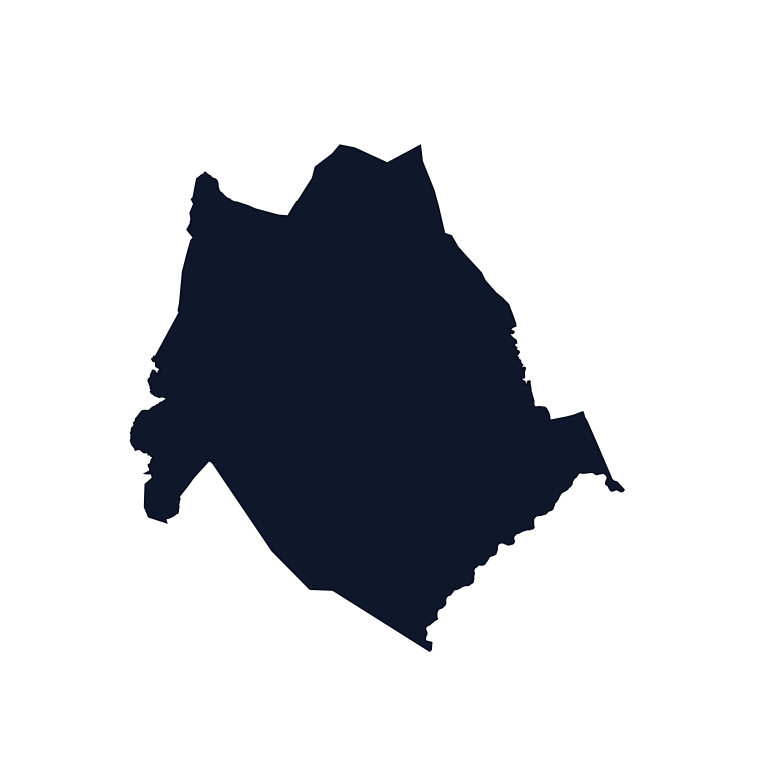 the district of Santa María Zacatepec, Oaxaca, Mexico, rotated 208°
{"feature_id": "50627088B32232692879146", "entity_name": "Santa María Zacatepec", "entity_type": "district", "adm_level": 2, "iso_a3": "MEX", "parent_name": "Mexico", "parent_adm1": "Oaxaca", "projection": "mercator", "projection_center": [-98.002, 16.768], "detail": "fine", "context": "isolated", "style": "filled", "palette": "ink", "viewbox_px": 768, "rotation_deg": 208, "n_neighbors": 0, "source": "geoboundaries", "source_scale": "gbopen_adm2", "svg_char_len": 6171}
<svg xmlns="http://www.w3.org/2000/svg" viewBox="0 0 768 768"><g transform="rotate(208 384 384)"><path d="M122.4,403.3L132.0,406.7L133.6,406.5L135.0,406.1L137.2,406.5L138.2,406.9L164.7,428.3L188.1,446.9L191.1,448.5L194.1,451.7L195.4,452.7L200.4,446.9L202.0,445.2L207.4,440.3L220.5,429.6L221.4,431.3L223.3,434.0L225.6,436.2L229.2,438.5L231.0,438.9L236.2,436.8L237.6,435.9L239.3,434.6L240.3,434.8L241.9,435.6L242.8,437.1L243.9,439.5L246.2,441.9L247.8,443.2L248.5,444.0L248.4,444.1L249.3,445.3L251.2,446.7L251.7,448.1L255.6,453.2L256.1,454.7L257.0,454.9L258.0,454.1L258.2,453.4L257.8,452.5L257.8,451.7L257.8,450.3L258.1,449.9L259.9,450.6L260.3,451.4L260.3,451.9L260.6,452.2L263.9,452.2L265.3,453.3L264.9,454.1L263.3,455.0L263.3,456.1L265.7,460.2L266.7,464.4L267.5,464.6L267.9,464.6L269.9,462.5L271.1,464.8L270.5,465.7L273.7,467.3L274.5,468.6L275.5,469.1L278.4,468.1L277.8,469.2L277.5,470.3L278.3,470.6L279.5,470.3L279.9,471.2L280.0,472.3L279.7,472.8L279.5,475.4L279.6,475.7L280.9,476.4L282.4,476.2L283.7,476.5L283.9,478.4L284.5,478.1L286.5,479.1L287.4,479.0L287.3,481.4L286.2,482.6L287.7,484.4L292.8,485.4L295.9,486.6L296.4,487.9L296.2,488.8L295.8,488.9L294.7,488.7L294.3,488.9L293.8,489.7L293.5,490.5L294.1,491.4L295.3,491.1L296.9,491.2L297.9,491.7L298.1,492.0L297.0,494.6L294.9,497.1L295.8,498.3L296.2,499.1L304.0,506.2L307.7,509.3L311.1,512.5L319.8,515.3L328.0,516.9L343.3,522.7L350.3,527.8L373.1,535.8L383.4,539.7L394.1,546.5L401.2,545.3L419.5,566.3L431.0,578.5L455.0,598.7L463.9,611.8L484.8,580.6L520.8,578.5L535.0,574.2L537.5,562.8L546.4,543.4L543.7,532.2L545.8,505.1L546.6,504.1L547.1,498.3L547.7,487.2L556.3,483.4L579.9,478.0L587.3,477.5L599.9,475.3L600.6,474.7L603.2,474.3L605.1,474.3L607.2,474.8L610.0,474.3L614.3,475.5L616.5,476.3L619.1,476.7L620.2,477.3L621.2,478.1L622.1,479.2L622.9,479.8L624.9,483.1L626.1,484.3L626.9,485.0L628.6,485.7L629.7,485.7L630.7,485.3L631.5,485.4L632.9,485.4L634.3,485.7L635.2,486.2L636.2,486.0L638.4,486.3L641.1,487.0L641.6,486.7L641.6,486.1L641.8,484.5L642.7,483.3L643.3,482.8L643.8,481.2L645.6,477.1L640.0,459.1L640.7,456.8L636.4,453.7L635.4,444.0L631.8,439.2L630.3,434.4L630.3,427.8L620.8,423.8L621.8,420.5L619.5,409.2L614.5,388.5L602.2,359.2L600.1,352.3L598.3,351.1L598.7,301.0L600.3,300.2L599.9,298.5L600.8,297.1L598.9,295.8L595.8,296.2L594.6,293.8L593.6,292.4L591.3,292.4L588.2,292.1L588.8,290.5L589.2,288.7L588.1,287.1L589.5,286.1L591.8,287.5L593.3,287.9L594.7,287.4L594.2,282.5L593.6,280.8L593.3,279.3L594.2,278.1L593.8,276.1L591.7,274.5L590.1,272.7L588.4,272.7L588.6,270.8L586.7,269.7L586.6,267.6L584.9,266.7L583.3,266.7L581.4,266.2L576.3,266.7L574.3,268.5L571.6,269.4L569.3,269.5L569.6,267.2L570.5,265.6L571.1,264.2L572.8,262.5L573.7,259.8L574.9,258.7L575.3,257.2L577.0,255.4L577.9,253.6L578.6,251.3L579.6,249.6L581.4,249.0L583.0,248.1L585.0,246.6L585.6,244.1L586.4,238.6L586.9,236.6L586.0,234.0L586.8,232.2L585.3,230.7L585.2,228.7L586.0,227.0L585.6,225.4L584.8,223.7L584.8,221.8L583.2,220.7L582.7,218.7L581.6,217.4L581.4,215.3L578.7,212.6L576.7,211.5L574.4,210.6L572.5,208.9L571.0,210.4L569.3,211.6L567.8,211.6L566.1,211.0L563.9,210.7L560.0,212.7L558.9,210.9L557.3,211.8L555.8,210.9L553.6,211.9L553.8,207.5L552.8,203.9L554.2,202.2L553.1,200.7L551.1,199.7L550.3,198.2L550.3,196.7L553.0,192.9L551.2,193.5L549.0,194.7L547.5,195.8L544.2,192.4L547.7,183.3L537.7,163.0L529.5,156.2L510.8,159.5L513.5,162.0L512.5,163.5L511.7,164.1L511.3,164.6L510.6,165.2L508.8,167.6L507.7,169.4L506.7,172.0L505.6,173.0L505.6,173.9L505.9,174.9L507.0,177.2L507.2,178.7L509.0,181.3L509.2,182.8L509.9,184.1L510.1,184.9L510.0,186.3L511.3,187.5L512.0,189.0L509.7,201.3L508.3,211.7L502.6,234.3L498.7,234.1L404.3,184.1L353.0,168.1L332.5,178.0L218.2,169.6L217.6,171.8L218.5,173.4L219.0,174.9L219.3,175.1L220.3,177.9L220.8,178.1L221.4,178.0L224.5,177.1L226.2,176.8L227.2,177.3L228.3,179.1L228.8,181.4L228.8,183.2L229.4,184.4L232.5,187.1L232.9,189.2L232.6,190.2L232.6,190.6L231.1,192.2L229.9,194.8L229.5,196.2L228.9,197.2L228.3,199.1L227.2,200.5L226.6,201.6L226.8,202.0L227.4,202.3L228.7,204.1L229.7,206.0L230.2,208.0L230.3,209.4L230.5,209.7L230.2,210.5L229.4,211.8L227.9,213.4L227.8,214.0L227.0,215.2L226.4,217.9L226.6,219.0L227.3,220.6L228.5,222.4L228.9,225.5L228.3,227.0L226.4,229.2L226.2,229.7L226.2,231.8L225.8,232.3L225.9,232.9L225.7,235.2L223.7,236.6L223.0,237.2L222.7,237.8L221.8,238.7L220.8,240.3L220.3,241.5L219.3,242.7L217.5,244.4L216.0,245.2L215.8,245.6L214.7,246.2L214.2,247.3L212.5,250.2L212.5,250.6L213.2,250.9L212.6,251.9L212.9,252.5L213.1,253.4L214.0,255.2L214.5,255.7L215.6,259.6L216.8,260.5L217.5,261.9L217.6,264.0L216.2,266.7L216.0,268.3L214.9,269.2L213.9,269.5L212.1,270.4L210.8,271.8L210.4,273.3L210.5,274.3L210.2,275.6L210.0,277.1L209.9,280.7L209.1,282.3L207.4,283.7L207.0,284.2L206.8,284.9L206.0,285.5L205.6,287.1L206.1,288.5L206.1,289.6L206.4,291.0L207.4,292.8L207.7,294.1L208.3,295.4L207.1,297.9L204.9,299.6L201.0,300.0L199.5,300.1L198.6,300.4L198.2,300.5L197.8,301.1L195.3,303.3L194.9,304.2L195.0,306.1L195.5,306.5L195.7,306.9L196.7,307.8L197.5,308.7L197.8,310.2L197.8,310.9L197.1,313.4L196.2,315.0L195.5,315.2L194.8,315.9L193.8,317.5L193.4,318.5L188.9,323.0L187.0,323.7L186.6,324.2L186.5,324.9L185.0,325.7L184.3,326.6L184.3,327.8L184.5,328.2L185.6,329.3L186.9,331.6L187.6,333.2L188.2,333.6L188.7,334.4L188.1,338.2L187.0,339.8L184.4,341.4L180.3,345.2L179.4,348.0L179.3,348.9L177.0,351.3L176.4,352.3L176.3,353.3L176.9,355.3L176.8,357.2L177.3,358.1L177.5,359.5L176.8,360.6L176.6,363.0L176.4,363.6L176.4,365.1L176.7,366.2L176.5,368.2L176.6,370.6L176.1,370.9L176.1,372.0L174.3,374.2L172.5,377.6L172.3,380.2L171.7,380.4L171.4,381.1L171.4,381.8L171.1,383.0L171.3,384.7L171.8,385.6L172.0,386.8L171.8,390.0L170.6,392.5L170.6,393.4L170.5,395.4L170.1,396.8L169.5,397.6L169.2,397.9L167.5,398.4L166.9,398.4L159.1,403.7L158.1,404.0L157.1,404.1L156.4,403.8L153.9,403.8L150.5,406.8L148.5,408.2L145.3,408.1L142.9,406.4L142.4,405.3L142.2,404.1L142.3,403.2L142.1,401.8L141.7,400.6L141.3,399.8L140.8,399.5L139.4,399.5L138.2,399.2L137.6,398.9L135.6,397.3L135.0,397.1L134.0,396.4L132.9,396.4L132.1,396.8L129.6,399.6L128.3,400.3L125.1,400.1L124.4,400.2L123.5,400.7L122.7,401.4L122.4,403.3Z" fill="#0f172a" stroke="#020617" stroke-width="1.5"/></g></svg>